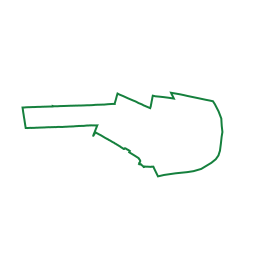 the district of Pristol, Mehedinti, Romania, rotated 237°
{"feature_id": "2599482B70848507308942", "entity_name": "Pristol", "entity_type": "district", "adm_level": 2, "iso_a3": "ROU", "parent_name": "Romania", "parent_adm1": "Mehedinti", "projection": "equal_earth", "projection_center": [22.733, 44.25], "detail": "fine", "context": "isolated", "style": "outline", "palette": "green", "viewbox_px": 256, "rotation_deg": 237, "n_neighbors": 0, "source": "geoboundaries", "source_scale": "gbopen_adm2", "svg_char_len": 4614}
<svg xmlns="http://www.w3.org/2000/svg" viewBox="0 0 256 256"><g transform="rotate(237 128 128)"><path d="M187.4,76.9L187.0,76.7L187.3,76.1L188.0,75.0L188.5,74.2L188.9,73.6L189.4,72.8L190.6,70.8L191.0,70.2L191.7,69.0L192.8,67.2L193.7,65.6L194.4,64.6L195.4,62.9L196.5,61.0L197.4,59.6L198.5,57.7L199.0,56.9L200.1,55.1L200.5,54.4L201.1,53.4L201.4,52.7L202.3,51.2L202.6,50.7L200.4,49.7L198.3,48.7L196.0,47.7L194.3,46.9L192.9,46.3L191.5,45.7L188.9,44.5L187.1,43.7L186.0,43.2L183.7,42.2L183.1,43.1L183.0,43.3L182.9,43.4L182.7,43.7L182.5,44.1L181.8,45.3L181.6,45.7L181.0,46.7L180.8,46.8L179.8,48.5L179.6,48.8L179.3,49.3L179.1,49.6L178.6,50.5L178.4,50.9L178.2,51.3L177.8,51.8L177.7,52.0L177.4,52.5L176.9,53.4L176.7,53.8L176.3,54.4L176.2,54.6L175.9,55.0L175.7,55.4L174.9,56.7L174.2,57.8L173.1,59.8L172.6,60.7L171.6,62.3L171.3,62.7L170.5,64.0L170.3,64.5L169.7,65.3L169.4,65.9L169.1,66.3L168.9,66.7L168.7,67.1L168.5,67.3L168.0,68.0L167.9,68.3L167.7,68.6L167.4,69.2L167.3,69.4L167.0,70.0L166.4,70.8L166.2,71.2L166.0,71.5L165.7,71.8L165.5,72.2L165.2,72.7L164.9,73.0L164.7,73.3L164.0,74.7L163.8,75.0L163.4,75.7L162.8,76.8L162.6,77.1L162.4,77.4L162.1,78.0L161.9,78.3L161.0,79.9L160.8,80.2L160.6,80.5L160.1,81.4L159.9,81.6L159.6,82.3L159.3,82.6L158.2,84.8L157.9,85.2L157.4,86.3L157.2,86.5L156.9,87.0L156.8,87.4L156.3,88.1L156.2,88.4L155.8,88.9L155.3,89.8L155.2,90.0L154.7,90.7L154.4,91.3L154.2,91.5L153.9,92.0L153.5,92.8L153.3,93.3L152.9,94.0L152.7,94.4L152.6,94.7L152.3,95.1L152.2,95.4L151.9,95.7L151.5,96.4L151.4,96.7L151.0,97.3L150.7,97.7L150.6,97.9L150.6,98.1L149.9,99.1L148.9,100.6L148.0,101.9L147.3,103.1L147.0,103.4L146.9,103.6L146.7,103.3L145.8,102.1L144.4,100.1L143.6,99.0L142.7,97.8L142.0,96.7L141.6,96.1L140.6,94.8L140.5,94.7L140.4,94.8L141.4,96.9L141.7,97.4L141.9,97.9L142.0,98.1L142.1,98.3L141.6,98.6L141.0,98.8L140.9,98.9L140.8,99.0L140.6,99.1L140.3,99.2L139.7,99.6L139.3,99.8L139.0,99.9L137.9,100.6L137.7,100.7L136.4,101.4L136.3,101.5L136.2,101.5L135.6,101.8L135.4,101.9L134.8,102.2L134.5,102.3L134.4,102.4L132.7,103.2L132.5,103.3L132.3,103.4L131.7,103.7L131.2,104.0L130.8,104.2L130.6,104.3L130.4,104.5L130.2,104.5L129.9,104.7L129.7,104.8L129.5,105.0L129.4,105.0L129.0,105.2L128.4,105.4L128.3,105.5L127.9,105.8L127.5,106.0L126.9,106.3L126.7,106.4L126.3,106.6L126.1,106.7L125.2,107.1L124.6,107.4L124.3,107.6L124.1,107.7L123.3,108.2L123.0,108.4L122.9,108.4L122.7,108.4L122.2,108.6L121.8,108.8L121.4,109.1L121.2,109.2L120.2,109.6L119.9,109.8L119.3,110.1L119.1,110.2L118.8,110.3L118.2,110.6L117.8,110.8L117.3,111.0L117.1,111.2L116.2,111.5L115.8,111.6L115.3,111.9L115.2,111.9L114.6,112.2L114.1,112.4L113.6,112.6L113.4,112.7L112.9,112.9L112.7,113.0L112.5,113.3L112.5,113.6L112.7,113.9L112.8,114.0L112.7,114.3L112.4,114.7L112.1,114.9L111.9,115.0L111.6,115.1L111.4,115.2L110.4,115.7L110.2,115.7L110.1,115.8L109.9,116.0L109.6,116.1L109.4,116.3L109.1,116.4L108.9,116.5L108.7,116.6L108.2,116.8L107.9,116.9L107.7,117.0L107.0,115.8L106.8,115.9L105.3,116.6L103.4,117.5L101.1,118.6L98.9,119.6L97.6,120.2L97.4,120.3L97.2,120.3L96.9,120.4L96.8,120.5L96.7,120.5L96.3,120.5L95.8,120.5L95.7,120.4L94.9,120.5L94.5,120.5L94.4,120.5L94.2,120.5L93.9,120.4L93.5,120.1L93.4,120.0L93.2,119.9L93.1,119.7L92.9,119.2L92.7,118.9L92.6,118.5L92.4,118.1L92.2,118.0L91.9,118.0L91.8,118.3L91.7,118.4L91.4,118.3L91.1,118.5L90.9,118.5L90.9,118.3L90.7,118.5L90.5,118.8L90.5,119.0L90.3,119.0L87.9,119.8L86.9,119.9L86.7,119.9L86.4,120.6L86.6,121.1L85.7,122.1L85.0,123.2L83.2,125.7L82.9,126.0L82.8,126.3L82.8,126.6L82.1,127.5L82.0,128.0L81.8,128.2L79.3,127.8L71.1,126.8L69.0,132.6L64.1,143.2L58.7,153.7L56.1,159.5L53.8,167.1L53.6,173.1L53.4,178.9L54.0,184.6L55.7,188.9L57.7,191.3L58.8,192.7L64.2,197.3L69.7,201.8L73.2,205.0L78.6,207.7L81.8,209.5L85.1,211.4L92.6,213.0L100.6,213.8L104.2,213.8L105.4,212.6L106.7,211.3L109.2,208.7L111.3,206.6L114.4,203.5L122.6,195.2L125.0,192.9L127.7,190.2L130.5,187.2L132.6,184.9L134.1,183.3L132.2,183.0L130.0,182.8L127.7,182.5L131.2,178.6L134.6,174.6L137.2,171.4L139.7,168.2L140.9,167.1L141.6,166.4L140.2,165.0L138.8,163.7L137.4,162.3L136.0,161.0L134.9,159.9L133.7,158.8L132.6,157.4L134.7,156.0L136.3,154.9L137.1,154.4L138.5,153.4L140.1,152.6L141.7,151.5L143.2,150.4L145.3,149.3L146.9,148.3L147.8,147.6L153.0,144.1L157.3,141.4L160.9,138.9L161.7,138.5L162.6,138.0L161.0,136.1L158.1,132.9L156.0,130.4L155.4,130.0L156.7,128.0L158.9,124.1L160.6,120.8L162.4,117.9L163.4,116.2L164.9,113.8L166.2,111.3L167.2,109.5L168.3,107.7L169.5,105.8L170.6,103.9L172.4,100.9L174.6,97.4L176.5,94.3L177.1,93.3L178.1,91.7L181.2,86.5L183.7,82.4L184.4,81.1L184.8,80.5L186.6,77.6L187.4,76.9Z" fill="none" stroke="#15803d" stroke-width="2"/></g></svg>